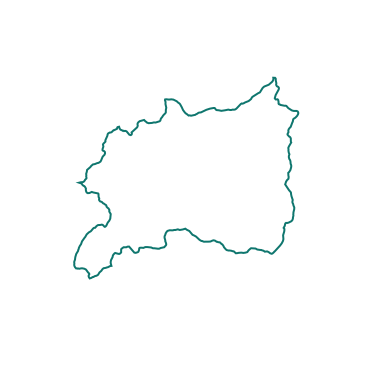 Coto Brus, Puntarenas, Costa Rica (Equal Earth projection), rotated 49°
{"feature_id": "36466004B67962139153797", "entity_name": "Coto Brus", "entity_type": "district", "adm_level": 2, "iso_a3": "CRI", "parent_name": "Costa Rica", "parent_adm1": "Puntarenas", "projection": "equal_earth", "projection_center": [-82.934, 8.894], "detail": "fine", "context": "isolated", "style": "outline", "palette": "teal", "viewbox_px": 384, "rotation_deg": 49, "n_neighbors": 0, "source": "geoboundaries", "source_scale": "gbopen_adm2", "svg_char_len": 6030}
<svg xmlns="http://www.w3.org/2000/svg" viewBox="0 0 384 384"><g transform="rotate(49 192 192)"><path d="M110.9,271.1L113.1,269.8L114.8,270.0L116.2,269.8L116.9,269.4L118.0,269.4L119.8,269.8L120.8,270.8L122.3,271.6L123.4,271.8L124.2,271.5L124.5,271.4L125.5,270.0L126.2,267.6L127.6,266.8L131.5,263.8L132.2,263.9L134.4,265.7L136.0,266.2L136.9,267.3L137.8,267.5L138.8,267.5L140.3,266.6L142.2,266.5L143.0,266.1L144.2,265.9L145.2,265.5L145.9,265.5L147.0,266.1L148.4,266.1L149.7,265.8L151.5,266.2L152.0,266.9L152.6,267.3L155.3,267.8L158.5,271.2L159.4,273.3L159.8,275.6L161.2,278.8L161.3,280.2L160.9,280.8L158.6,280.9L157.5,281.4L156.8,282.7L155.4,284.5L155.2,285.1L155.1,286.8L155.4,287.9L155.4,288.7L155.0,289.0L154.7,289.8L154.7,290.6L155.2,293.7L155.2,294.4L154.8,296.3L154.9,299.3L155.9,302.1L156.0,302.9L157.1,307.4L158.6,310.0L159.1,312.0L160.0,314.1L160.6,314.8L161.1,315.9L161.7,316.6L162.8,320.0L164.6,322.8L166.3,324.7L167.3,326.5L168.0,327.2L168.8,327.7L169.5,328.5L169.9,328.8L170.5,329.2L171.9,329.6L173.7,329.6L174.2,328.9L174.7,328.7L175.0,328.1L175.9,327.5L177.0,325.6L177.7,324.8L179.4,323.5L181.0,322.9L184.6,323.2L186.1,323.1L186.8,323.6L187.1,324.6L187.6,325.2L188.7,325.7L190.1,325.9L190.8,324.3L191.0,322.8L191.4,322.3L191.8,320.4L192.5,319.1L192.8,317.8L192.8,317.0L192.0,314.6L192.0,312.1L191.5,310.3L191.5,308.8L192.7,306.8L193.1,305.7L193.6,304.8L194.2,302.3L194.9,301.3L192.3,300.0L191.3,299.1L190.3,297.8L189.0,294.6L188.1,293.5L187.7,292.4L187.5,290.7L187.6,290.0L190.0,288.4L190.9,287.7L191.2,287.1L191.2,285.5L191.1,285.1L189.0,283.3L188.6,282.6L188.8,279.9L190.6,277.8L190.9,276.6L191.9,275.3L199.9,275.3L201.0,274.4L201.9,272.3L201.9,271.6L200.8,269.7L199.9,268.8L199.8,268.2L200.0,267.8L200.6,267.0L202.4,265.2L202.6,264.2L203.2,263.0L204.3,261.8L207.1,259.2L208.8,258.4L210.0,257.1L212.6,254.8L213.4,253.7L213.6,252.6L215.5,249.1L215.3,248.6L215.2,247.0L215.0,246.3L214.5,245.7L213.4,245.1L211.5,244.4L211.0,243.9L209.8,243.3L208.6,242.8L207.4,241.7L206.9,240.5L205.9,238.9L205.4,237.2L205.3,236.0L206.2,234.0L208.4,231.6L208.9,230.4L209.7,229.6L210.9,227.2L212.6,226.2L212.8,225.9L214.2,223.6L215.3,221.1L217.1,220.7L219.7,219.6L224.7,219.7L225.6,219.2L228.2,218.2L233.1,217.7L235.2,217.0L235.6,216.5L237.1,215.8L237.7,215.2L240.8,211.5L241.5,210.5L242.1,208.4L242.7,207.3L244.1,206.4L245.7,206.1L246.0,205.7L247.0,205.2L248.3,204.0L250.8,203.8L251.3,203.5L253.0,203.6L254.8,204.1L257.5,204.1L258.6,203.9L260.3,202.7L260.7,202.1L262.1,200.9L263.3,200.2L264.2,199.4L267.0,199.1L268.0,197.7L268.4,196.9L269.7,195.1L270.5,194.2L271.6,193.3L272.8,191.5L273.6,189.8L273.6,189.4L273.3,188.4L273.1,187.3L273.1,185.1L273.2,184.3L276.4,181.1L278.2,180.5L280.3,178.7L281.3,177.7L282.2,177.3L282.5,177.0L283.4,176.5L284.8,176.2L286.1,174.3L287.5,173.6L289.5,173.2L290.9,172.4L291.2,171.6L291.2,169.7L291.0,169.0L291.1,168.6L290.2,160.7L289.6,157.9L288.6,155.4L287.5,153.9L284.4,151.6L282.3,148.3L281.2,147.1L280.2,146.4L279.2,146.4L278.5,144.4L277.0,142.3L277.0,141.3L277.9,140.4L278.5,139.1L279.2,136.4L279.2,135.5L278.9,134.3L278.0,133.0L277.5,132.6L276.4,131.0L275.3,130.2L274.4,129.2L274.0,128.9L272.0,126.1L270.7,124.9L268.8,124.3L267.3,123.5L266.0,123.2L265.1,122.5L264.1,121.2L260.5,119.7L258.7,118.7L257.5,117.8L256.8,117.6L254.3,117.6L247.4,116.7L245.9,114.2L245.4,112.5L245.3,110.6L245.1,110.3L244.0,109.1L243.0,108.6L240.7,106.8L240.6,105.4L240.0,103.4L238.5,101.1L237.5,100.0L236.5,99.4L235.5,99.1L233.3,97.5L232.0,97.0L230.9,96.9L229.3,96.1L228.4,95.3L227.4,93.7L225.9,93.2L224.2,92.2L223.0,91.1L221.9,90.4L221.2,89.0L219.7,84.6L218.9,84.4L216.4,82.3L215.4,82.0L214.6,82.0L213.9,82.3L211.6,82.3L211.0,82.0L210.6,81.2L210.2,80.0L208.8,79.0L208.1,77.9L207.7,76.2L207.6,74.8L205.2,70.4L205.1,69.9L203.5,67.9L203.5,66.4L203.7,65.6L203.7,64.7L203.5,62.7L202.9,61.0L202.2,60.0L201.3,59.5L200.4,59.4L199.3,60.0L197.6,62.0L196.0,63.1L191.9,64.3L189.0,64.3L188.4,64.6L187.6,65.6L184.2,68.2L183.6,68.2L182.7,68.8L182.1,68.7L180.7,67.5L179.1,66.6L178.2,66.6L177.1,68.1L175.9,68.1L175.5,68.0L173.7,65.2L171.5,59.3L170.7,58.3L170.1,58.0L169.1,58.0L168.0,58.5L166.9,58.4L166.0,57.9L165.3,57.0L162.4,55.4L161.7,54.6L160.9,54.4L160.3,54.4L159.1,55.7L160.0,56.3L160.6,57.0L161.3,58.6L161.4,59.4L161.4,63.7L159.8,68.3L159.8,70.0L159.9,70.7L161.3,75.2L161.3,75.8L160.9,77.0L159.9,83.7L159.9,84.6L160.6,86.5L160.5,89.6L159.2,93.3L159.0,94.6L158.5,95.9L157.8,96.4L157.6,97.4L158.2,103.6L158.1,105.0L157.9,105.5L157.4,106.4L156.6,107.1L155.9,108.5L155.2,109.4L153.6,110.6L152.1,113.3L150.0,116.6L148.0,118.1L146.3,119.7L145.7,119.9L143.5,119.8L142.8,120.5L140.9,123.7L139.4,127.2L137.8,133.0L136.6,134.8L136.4,135.6L136.4,136.5L136.0,137.9L135.9,138.9L133.8,142.7L132.7,143.4L132.1,144.4L129.2,144.9L128.6,145.2L126.9,145.2L124.3,145.0L121.3,144.1L118.0,143.4L116.9,143.4L115.5,143.8L113.5,144.0L110.1,145.4L108.5,146.8L107.1,148.8L105.1,150.6L104.5,151.6L105.0,152.2L106.7,152.9L108.2,154.3L111.5,156.1L112.9,157.9L114.8,159.6L115.1,160.6L115.2,162.7L115.5,164.2L115.9,165.4L116.1,166.8L116.4,167.7L117.3,169.0L117.4,170.0L115.7,173.9L114.5,175.1L113.6,176.9L111.6,179.6L110.0,180.5L109.2,180.5L108.1,180.8L106.2,180.9L104.2,185.1L104.2,186.9L104.5,187.9L105.0,188.6L106.3,189.4L106.9,190.3L107.2,191.1L107.4,198.5L108.1,198.8L108.7,199.3L109.0,200.0L108.9,200.9L107.7,201.7L103.3,201.6L102.3,202.1L101.6,202.9L101.4,203.4L100.7,203.6L100.3,204.2L99.3,204.4L98.1,205.1L96.7,205.0L94.9,204.2L94.2,205.6L94.3,206.1L95.0,206.9L95.1,207.2L94.1,210.7L93.9,210.8L94.1,213.5L93.6,214.6L93.1,215.1L92.8,216.9L93.1,217.8L94.1,219.1L95.9,223.0L96.2,223.5L97.2,224.3L97.4,227.1L97.7,228.0L99.6,229.1L100.9,231.3L101.7,232.1L102.4,232.1L103.5,231.5L104.7,231.5L105.8,232.3L106.5,233.6L106.6,235.2L106.8,236.4L108.6,240.0L109.0,241.1L108.7,243.4L108.0,244.6L107.2,247.0L106.2,248.7L106.2,251.0L106.5,252.4L106.5,256.3L106.5,256.7L107.7,258.1L108.9,260.0L110.1,260.8L110.9,261.7L112.2,262.4L112.5,262.8L112.6,264.6L113.0,265.5L113.2,267.1L112.7,268.3L111.8,269.3L110.9,271.1Z" fill="none" stroke="#0f766e" stroke-width="2"/></g></svg>